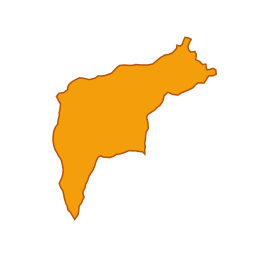 outline of Valentim Gentil, São Paulo, Brazil, rotated 191°
{"feature_id": "56859067B94354005773824", "entity_name": "Valentim Gentil", "entity_type": "district", "adm_level": 2, "iso_a3": "BRA", "parent_name": "Brazil", "parent_adm1": "São Paulo", "projection": "albers", "projection_center": [-50.11, -20.408], "detail": "fine", "context": "isolated", "style": "filled", "palette": "amber", "viewbox_px": 256, "rotation_deg": 191, "n_neighbors": 0, "source": "geoboundaries", "source_scale": "gbopen_adm2", "svg_char_len": 1980}
<svg xmlns="http://www.w3.org/2000/svg" viewBox="0 0 256 256"><g transform="rotate(191 128 128)"><path d="M95.8,218.6L95.5,215.5L97.1,212.7L98.9,210.2L102.0,208.0L105.8,206.6L109.4,203.4L112.0,200.4L115.9,195.5L118.4,194.6L120.9,193.5L124.8,192.8L128.0,192.2L132.5,191.8L135.3,190.4L138.8,189.7L144.1,189.0L148.3,187.7L150.3,185.6L151.9,182.9L154.6,178.6L157.1,177.1L160.9,175.0L164.0,173.9L167.2,173.4L169.7,170.8L172.5,169.3L175.4,168.1L179.1,168.3L182.5,168.3L185.3,167.9L188.3,165.7L191.5,162.9L193.8,160.4L194.9,157.0L194.6,154.2L197.7,150.7L202.3,148.8L204.3,145.4L200.9,141.0L198.8,138.9L198.3,133.7L198.5,130.2L197.8,127.3L198.1,122.2L197.8,118.3L199.3,115.2L200.2,110.8L200.1,107.9L199.7,104.0L198.8,100.1L197.1,95.9L195.3,92.7L192.7,89.9L190.8,87.3L188.5,85.3L186.9,82.9L185.1,78.8L183.6,74.3L183.2,70.1L183.6,66.4L184.9,60.4L182.7,56.8L180.1,54.0L178.7,51.0L176.6,45.9L174.5,42.0L172.7,39.6L171.4,36.2L168.2,34.0L162.9,28.1L161.5,31.0L160.4,34.0L160.7,38.6L161.1,42.0L159.4,45.5L158.7,49.0L157.9,51.7L159.6,54.7L160.1,57.5L158.9,60.5L158.8,64.7L157.7,68.5L157.0,73.6L155.1,78.1L154.2,80.7L153.5,83.8L153.2,87.8L152.5,91.1L151.7,93.7L149.4,95.6L146.8,94.7L142.9,95.2L139.8,95.7L136.3,97.8L134.2,100.0L131.3,100.9L127.5,102.8L125.2,104.3L122.9,105.9L118.8,106.5L116.2,107.1L113.3,107.0L109.1,107.4L106.5,105.6L107.4,109.8L107.4,112.6L108.7,116.4L108.7,120.1L109.3,124.1L109.4,127.3L108.0,131.5L109.7,137.6L111.9,142.5L111.0,145.2L108.4,147.7L104.8,151.3L103.5,153.6L100.7,156.7L99.1,160.7L98.8,163.6L98.8,166.4L95.7,170.7L90.5,169.5L85.4,169.8L82.1,172.8L78.8,174.9L76.0,176.8L72.0,179.8L70.0,183.2L67.7,185.6L61.9,186.7L60.7,189.4L58.8,194.6L54.6,195.4L51.7,197.6L52.9,201.8L55.7,202.8L58.7,201.2L61.9,200.1L63.0,202.9L63.8,205.5L67.2,204.6L70.4,207.0L74.6,208.0L74.9,213.1L77.0,215.9L80.7,214.5L83.5,216.5L84.7,219.4L84.0,223.6L82.9,227.1L85.7,227.9L89.3,227.9L90.0,225.1L90.7,220.4L92.5,218.3L95.8,218.6Z" fill="#f59e0b" stroke="#b45309" stroke-width="1.5"/></g></svg>